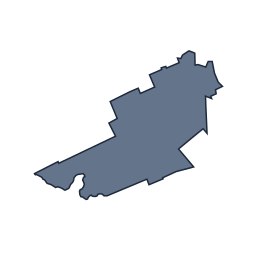 Franklin, Maine, United States of America, rotated 257°
{"feature_id": "52423323B32443521891839", "entity_name": "Franklin", "entity_type": "district", "adm_level": 2, "iso_a3": "USA", "parent_name": "United States of America", "parent_adm1": "Maine", "projection": "robinson", "projection_center": [-70.559, 45.063], "detail": "fine", "context": "isolated", "style": "filled", "palette": "slate", "viewbox_px": 256, "rotation_deg": 257, "n_neighbors": 0, "source": "geoboundaries", "source_scale": "gbopen_adm2", "svg_char_len": 1657}
<svg xmlns="http://www.w3.org/2000/svg" viewBox="0 0 256 256"><g transform="rotate(257 128 128)"><path d="M104.6,26.6L103.9,26.8L103.2,27.4L103.2,27.6L103.4,27.8L103.0,28.7L99.5,32.8L99.3,32.9L98.1,33.4L97.4,33.5L96.0,35.2L93.5,36.2L92.3,36.7L91.5,38.0L90.3,40.1L87.7,42.8L86.7,43.7L86.4,43.9L86.5,46.4L84.7,49.3L84.5,49.6L82.6,51.5L81.9,52.1L81.7,52.4L81.6,52.8L81.7,53.3L82.5,56.6L83.7,57.8L84.2,58.0L85.9,59.4L87.3,61.5L88.2,62.5L89.8,63.5L91.6,64.1L93.5,66.6L94.0,68.5L93.6,74.0L92.1,74.8L91.4,75.1L90.2,74.9L90.0,73.6L87.7,72.2L87.0,72.1L86.9,72.1L86.5,72.4L85.8,72.5L83.1,72.8L81.7,72.0L80.7,71.4L78.9,69.3L78.7,68.4L78.8,67.7L77.5,66.6L77.3,66.5L73.8,66.1L72.0,66.6L71.5,66.8L71.5,67.2L71.0,68.3L69.6,69.4L67.8,71.2L67.8,71.5L67.9,72.4L68.0,72.7L68.3,72.8L69.6,74.0L70.2,74.9L70.4,75.2L70.9,76.8L70.9,77.1L70.2,77.4L70.1,77.5L69.3,78.5L68.6,81.0L68.7,82.1L68.8,82.5L69.0,82.8L69.5,83.3L69.9,83.3L70.1,83.6L70.3,84.2L70.1,86.0L69.6,87.6L69.1,88.2L68.9,88.3L67.2,89.5L67.2,90.1L67.0,91.3L66.6,92.1L73.9,134.9L68.0,135.7L70.6,150.7L71.7,150.5L74.7,165.1L75.3,183.2L96.2,172.5L103.2,186.4L110.4,201.0L105.0,203.8L132.5,208.9L141.6,210.7L137.9,216.1L140.3,215.7L141.5,221.6L145.6,221.9L147.3,229.4L152.4,226.2L162.1,224.6L173.9,225.0L174.8,221.1L169.9,217.5L174.1,210.4L174.2,207.5L185.9,209.9L186.9,208.6L189.4,204.9L189.1,203.7L186.8,197.5L183.8,195.2L185.0,191.9L180.1,192.5L179.2,187.2L177.7,178.9L179.5,178.7L179.4,176.2L179.1,173.8L177.4,174.0L175.0,160.9L161.9,163.2L158.9,147.8L164.5,146.9L162.9,138.0L157.8,116.6L139.7,119.6L137.1,110.5L122.8,114.0L109.2,52.6L111.0,52.3L104.6,26.6Z" fill="#64748b" stroke="#1e293b" stroke-width="1.5"/></g></svg>